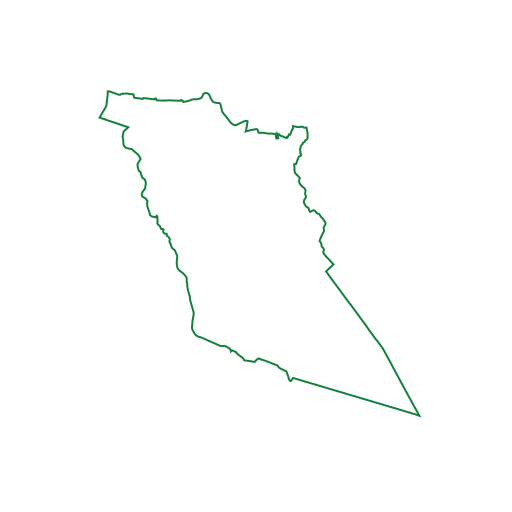 Ecatzingo, México, Mexico, rotated 72°
{"feature_id": "50627088B21817072647094", "entity_name": "Ecatzingo", "entity_type": "district", "adm_level": 2, "iso_a3": "MEX", "parent_name": "Mexico", "parent_adm1": "México", "projection": "orthographic", "projection_center": [-98.759, 18.968], "detail": "fine", "context": "isolated", "style": "outline", "palette": "green", "viewbox_px": 512, "rotation_deg": 72, "n_neighbors": 0, "source": "geoboundaries", "source_scale": "gbopen_adm2", "svg_char_len": 6049}
<svg xmlns="http://www.w3.org/2000/svg" viewBox="0 0 512 512"><g transform="rotate(72 256 256)"><path d="M53.6,346.1L56.4,347.1L67.1,352.0L76.0,362.0L79.3,357.6L79.2,357.4L79.3,357.1L79.6,356.8L80.1,356.6L94.1,337.7L96.6,343.3L101.3,346.1L103.0,346.1L105.3,346.6L107.4,347.2L108.7,347.5L110.0,347.6L111.8,347.0L113.0,346.1L114.1,344.5L116.0,341.1L123.6,336.6L128.0,335.7L131.3,339.6L132.3,340.4L134.7,341.0L136.9,341.0L138.4,341.1L139.1,340.9L140.3,340.0L140.8,339.9L143.5,340.1L144.6,340.0L146.9,339.8L148.0,338.6L149.7,337.9L152.7,338.3L157.7,340.7L159.3,343.3L161.6,345.5L164.2,345.8L167.1,343.3L170.3,342.2L172.0,343.2L174.6,343.9L177.0,344.0L179.2,344.0L180.9,343.9L184.4,344.1L186.5,342.6L187.2,341.0L188.2,339.5L187.1,338.0L188.2,337.6L189.5,338.2L191.1,338.4L194.7,339.8L196.4,339.2L197.5,338.3L199.7,338.0L201.0,337.8L201.7,336.0L202.4,335.8L203.4,336.5L204.9,336.8L206.1,336.4L206.5,335.7L207.0,334.6L207.5,334.1L208.0,334.3L209.0,334.6L210.0,333.8L211.5,333.1L213.7,332.7L214.7,333.5L215.7,333.9L217.6,333.5L219.6,333.5L221.7,333.5L223.0,333.0L225.7,331.3L227.0,331.3L229.5,331.1L231.4,330.8L233.7,331.7L235.3,332.4L237.3,333.3L239.4,333.9L243.1,334.4L245.7,333.6L247.4,332.4L249.7,330.9L251.1,330.1L253.4,329.2L254.5,328.7L256.2,328.9L258.9,329.8L261.5,329.9L262.9,330.6L264.2,330.8L266.7,331.2L270.4,331.4L272.6,331.4L274.0,331.4L275.7,331.8L276.1,332.0L279.0,332.3L283.6,332.5L287.0,332.6L289.4,332.7L291.6,333.0L295.2,334.9L296.9,335.8L298.8,336.8L300.7,337.5L302.0,338.0L303.9,338.9L306.3,339.3L310.9,338.5L313.3,337.3L314.9,335.8L316.6,333.2L329.6,318.7L330.2,318.3L332.3,312.8L335.3,310.3L335.7,309.6L337.7,309.3L338.4,308.9L338.8,309.0L338.2,308.1L339.5,306.7L341.2,304.7L343.7,303.8L347.8,300.8L349.4,299.8L351.5,299.5L356.3,289.9L354.7,287.1L354.2,285.1L356.0,283.1L358.5,279.5L367.0,269.2L369.0,268.8L370.7,267.4L372.6,265.4L374.1,264.0L374.9,262.8L378.6,262.7L381.3,262.5L383.2,262.9L385.1,262.2L385.7,261.6L383.5,258.4L456.1,153.0L458.4,150.0L434.3,154.6L426.7,156.0L404.6,160.0L398.3,161.1L383.0,164.0L375.7,166.4L371.8,167.9L360.9,171.5L356.4,172.8L332.1,180.8L327.8,182.4L309.1,188.6L302.6,190.8L292.3,194.1L287.9,184.9L281.0,188.1L278.0,189.6L275.6,190.5L274.6,190.8L273.5,190.8L272.4,190.5L271.6,189.8L270.9,189.4L270.0,189.4L269.3,189.6L268.4,190.1L267.5,190.4L266.5,190.5L265.1,190.2L263.9,190.2L263.0,190.4L262.1,190.6L261.6,190.9L261.3,190.9L261.0,190.7L260.7,190.4L260.1,190.0L259.6,189.6L258.6,188.6L257.6,187.9L256.9,187.2L255.8,186.2L254.5,184.8L253.7,183.9L253.1,183.6L252.3,183.3L251.4,183.2L250.7,183.2L250.2,183.1L249.1,182.2L248.3,181.4L247.8,180.7L247.3,180.2L245.8,179.7L245.2,179.7L244.3,180.0L243.6,180.2L242.8,180.5L241.8,180.7L241.2,180.8L239.4,181.8L238.2,182.3L237.3,182.5L236.6,182.6L235.8,183.0L235.3,183.3L234.9,183.8L234.6,184.2L234.0,185.0L233.4,185.2L232.6,185.5L231.8,185.7L231.0,186.2L230.5,186.6L230.3,187.4L230.3,188.2L230.4,188.9L230.6,189.7L230.8,190.3L230.8,190.7L230.7,190.9L230.0,191.2L228.9,191.2L228.0,191.4L227.2,191.2L226.6,191.3L225.8,191.7L225.4,192.2L224.9,192.6L224.2,193.1L223.3,193.4L220.3,193.9L219.3,193.8L218.0,193.1L217.4,192.6L215.3,190.1L212.0,190.1L209.0,188.6L206.7,188.9L204.5,190.3L204.1,190.7L202.9,191.0L202.3,191.5L201.0,191.9L200.5,192.0L198.2,192.1L195.2,190.2L192.1,191.7L189.1,193.2L186.6,193.0L184.1,192.2L182.5,191.8L180.5,191.3L181.0,189.6L177.1,186.6L174.8,184.5L174.2,182.1L173.6,181.8L173.2,181.7L171.8,182.1L170.3,181.4L168.4,181.3L165.3,179.3L163.7,176.9L163.0,176.7L162.3,174.3L161.4,173.6L161.2,173.1L161.1,172.5L160.5,171.0L160.0,170.7L158.9,170.2L155.5,169.1L154.2,168.9L153.6,168.8L149.4,168.3L148.9,170.6L147.3,171.9L147.2,172.5L147.1,172.9L146.4,176.3L145.3,178.2L143.9,180.7L144.8,180.8L146.8,181.9L146.9,182.5L147.5,182.7L147.8,183.4L148.5,183.9L149.1,184.4L150.4,185.2L151.2,186.0L151.1,186.5L150.6,187.3L152.1,188.4L152.9,189.4L152.5,189.9L153.2,190.3L152.9,191.1L152.6,191.6L151.8,192.2L150.6,193.6L149.7,194.8L148.3,196.3L148.1,196.6L147.5,196.4L147.2,197.4L146.6,197.7L150.9,198.4L150.5,200.3L145.9,199.7L145.2,201.6L144.0,204.2L143.6,206.3L143.3,206.7L141.5,210.1L140.7,212.1L140.3,213.1L140.1,213.7L140.0,214.5L139.9,215.0L139.1,215.5L138.3,215.6L137.4,215.3L136.9,215.3L136.5,215.4L136.1,215.6L135.8,215.9L135.4,216.5L135.3,217.1L135.1,219.2L134.7,221.2L134.6,223.2L134.4,226.1L134.4,227.2L134.4,227.3L133.6,226.8L132.9,226.3L131.6,225.7L130.4,225.0L129.0,224.3L127.8,223.7L126.7,223.1L125.8,222.5L125.4,222.4L125.0,222.6L124.7,222.9L124.5,223.4L124.4,223.9L124.3,224.7L124.3,225.5L124.3,226.6L124.5,228.0L124.8,230.2L124.9,231.5L125.1,232.3L125.3,233.3L125.4,234.2L125.4,234.5L125.2,235.0L124.6,236.2L124.3,236.7L123.8,237.3L123.3,237.7L122.2,238.4L121.3,238.8L120.2,239.3L119.2,239.6L118.4,239.8L118.1,240.1L117.0,240.4L116.5,240.4L115.4,241.0L114.9,241.2L113.8,241.5L113.0,241.8L112.0,242.2L111.4,242.6L110.8,242.7L109.6,243.1L108.7,243.4L107.6,243.5L106.8,243.4L105.9,243.4L104.7,243.2L103.9,243.2L102.8,243.1L102.0,243.0L101.1,242.9L100.3,243.0L99.7,243.2L99.4,243.5L99.0,244.0L98.8,244.6L98.6,245.3L98.3,245.8L97.6,247.2L97.3,247.8L96.9,248.4L96.4,249.0L95.7,249.4L94.9,249.6L94.2,249.8L93.4,250.0L92.4,250.2L91.5,250.3L90.5,250.6L89.7,250.5L88.9,250.5L88.2,250.8L87.3,251.1L86.6,251.6L86.1,252.2L85.6,253.0L85.4,253.7L85.3,254.3L85.3,254.9L85.4,255.4L85.6,256.1L86.1,256.5L86.8,257.0L87.6,257.7L88.4,258.5L88.7,259.3L88.9,260.0L88.9,260.8L88.8,261.8L88.7,263.6L88.4,264.8L87.9,266.1L87.6,267.1L87.4,268.4L87.4,269.4L87.6,270.4L87.6,271.6L87.6,273.0L87.4,275.1L86.9,277.6L86.2,277.4L84.5,278.9L85.1,279.6L83.2,284.8L82.2,287.6L81.2,290.1L80.4,293.2L79.4,296.6L78.4,299.5L77.2,302.4L76.3,302.4L75.9,302.4L75.2,302.7L75.0,303.0L75.0,303.3L75.1,303.5L75.3,303.9L75.6,304.2L71.0,314.2L71.6,315.1L69.1,320.3L68.6,321.5L68.1,322.3L67.7,322.9L67.3,322.9L66.7,322.9L65.4,322.6L64.5,322.6L63.3,325.1L62.6,326.7L61.5,328.7L61.2,329.9L60.4,332.9L60.3,333.7L60.4,334.2L60.6,334.9L60.7,335.5L60.5,336.1L60.0,336.8L59.5,337.7L58.3,339.1L57.0,340.9L55.4,342.8L53.6,345.5L53.6,346.1Z" fill="none" stroke="#15803d" stroke-width="2"/></g></svg>